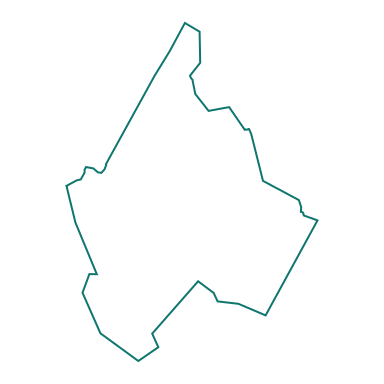 the district of Avery, North Carolina, United States of America
{"feature_id": "52423323B91612624851462", "entity_name": "Avery", "entity_type": "district", "adm_level": 2, "iso_a3": "USA", "parent_name": "United States of America", "parent_adm1": "North Carolina", "projection": "orthographic", "projection_center": [-81.908, 36.099], "detail": "fine", "context": "isolated", "style": "outline", "palette": "teal", "viewbox_px": 384, "rotation_deg": 0, "n_neighbors": 0, "source": "geoboundaries", "source_scale": "gbopen_adm2", "svg_char_len": 962}
<svg xmlns="http://www.w3.org/2000/svg" viewBox="0 0 384 384"><path d="M66.5,186.0L75.4,222.5L96.8,274.2L89.4,274.1L82.5,292.7L100.4,333.3L138.3,361.0L158.3,347.2L152.2,333.6L166.0,317.9L168.5,315.0L168.9,314.6L198.1,281.3L214.0,293.2L214.0,293.5L214.1,293.9L217.6,301.4L238.4,303.8L265.6,315.4L317.5,220.4L304.1,215.6L303.9,215.5L303.5,214.6L303.6,214.2L303.3,213.8L303.2,212.9L302.4,212.2L301.4,211.7L300.9,211.8L300.9,211.5L301.2,207.1L298.9,200.1L263.0,180.9L251.2,133.9L249.0,129.0L248.8,129.0L247.5,129.4L246.9,129.7L246.7,129.7L245.9,129.7L245.3,129.4L244.7,129.7L229.1,107.1L208.6,110.9L195.3,94.0L192.6,80.6L192.6,80.0L191.6,78.7L191.1,78.3L190.5,77.2L190.3,76.3L190.0,75.7L200.2,62.8L199.6,31.7L184.9,23.0L174.1,43.0L169.8,51.0L154.4,76.1L106.0,164.1L106.2,165.0L104.5,169.4L101.3,172.9L97.8,172.3L93.4,168.4L86.0,167.1L84.6,169.7L84.6,172.6L80.8,179.4L76.6,180.4L67.4,185.4L67.1,186.1L66.5,186.0Z" fill="none" stroke="#0f766e" stroke-width="2"/></svg>